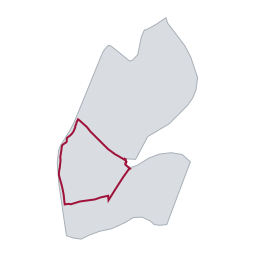 location of YobokiI, Dikhil, Djibouti, rotated 355°
{"feature_id": "41766387B74076707162819", "entity_name": "YobokiI", "entity_type": "district", "adm_level": 2, "iso_a3": "DJI", "parent_name": "Djibouti", "parent_adm1": "Dikhil", "projection": "equal_earth", "projection_center": [42.146, 11.584], "detail": "fine", "context": "in_parent", "style": "outline", "palette": "rose", "viewbox_px": 256, "rotation_deg": 355, "n_neighbors": 0, "source": "geoboundaries", "source_scale": "gbopen_adm2", "svg_char_len": 1803}
<svg xmlns="http://www.w3.org/2000/svg" viewBox="0 0 256 256"><g transform="rotate(355 128 128)"><path d="M187.2,167.1L179.4,183.3L169.5,204.0L158.2,227.6L151.2,227.7L145.7,226.4L141.9,222.4L134.2,218.0L125.5,217.7L117.1,221.8L103.0,226.9L90.3,228.5L80.1,231.3L71.6,234.6L63.9,232.8L57.3,229.9L55.8,204.8L54.3,177.6L54.5,156.4L56.8,144.7L58.9,140.1L70.9,123.9L75.0,117.3L88.8,90.6L100.5,67.7L109.3,50.6L112.0,47.2L115.7,43.9L118.3,44.9L135.4,61.4L138.4,60.9L144.1,55.8L149.3,38.2L152.9,31.7L154.5,31.9L165.4,27.0L175.4,21.4L176.7,27.2L191.7,50.9L196.6,62.5L201.7,83.9L199.1,95.8L195.2,103.5L189.4,110.5L169.4,127.4L147.0,138.2L132.8,159.9L122.2,158.4L123.8,166.6L127.8,167.5L133.9,166.0L146.2,159.7L157.1,156.7L168.9,156.4L179.6,159.1L187.2,167.1Z" fill="#d9dde1" stroke="#a8b0b8" stroke-width="1"/><path d="M79.0,115.0L77.5,117.4L77.0,118.8L76.6,119.8L75.7,121.4L75.4,123.0L73.4,126.7L71.9,128.5L69.9,130.3L69.6,130.5L66.5,132.4L66.2,133.1L65.7,136.3L65.2,137.0L64.4,137.2L61.7,138.9L61.5,139.0L60.8,139.6L60.1,142.1L59.8,144.0L59.7,144.3L57.9,151.4L58.1,152.6L58.1,153.0L57.8,155.5L56.7,160.7L56.6,161.8L56.0,163.3L55.3,166.5L55.2,167.7L55.1,168.6L55.3,170.4L57.0,179.5L57.4,182.6L57.6,183.8L58.1,189.1L58.2,196.0L58.3,197.5L58.3,197.8L58.3,198.6L62.3,198.4L64.4,199.0L73.7,197.0L88.6,196.3L95.1,194.7L102.3,193.8L102.3,198.2L110.1,187.9L118.7,176.8L125.0,169.4L126.5,168.7L126.2,168.4L125.7,168.3L125.5,167.6L125.1,167.4L124.9,167.0L122.3,164.4L122.1,163.9L122.2,163.3L122.8,162.8L122.6,162.1L122.8,161.8L123.4,161.8L123.5,161.6L123.2,161.4L123.0,160.7L123.1,160.3L123.0,160.2L122.8,159.9L123.0,159.0L122.7,158.9L122.4,159.2L122.1,158.8L121.9,159.4L121.6,159.2L116.9,155.8L112.8,153.0L106.4,147.4L90.2,128.2L87.1,123.4L80.7,116.6L79.0,115.0Z" fill="none" stroke="#9f1239" stroke-width="2"/></g></svg>